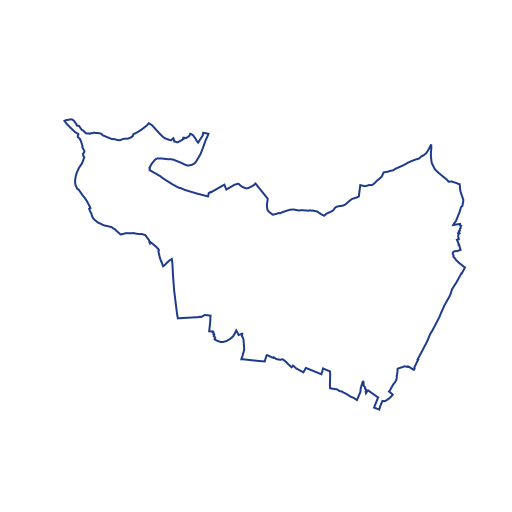 Ludus, Mures, Romania (Equal Earth projection), rotated 98°
{"feature_id": "2599482B95815218754215", "entity_name": "Ludus", "entity_type": "district", "adm_level": 2, "iso_a3": "ROU", "parent_name": "Romania", "parent_adm1": "Mures", "projection": "equal_earth", "projection_center": [24.067, 46.481], "detail": "fine", "context": "isolated", "style": "outline", "palette": "blue", "viewbox_px": 512, "rotation_deg": 98, "n_neighbors": 0, "source": "geoboundaries", "source_scale": "gbopen_adm2", "svg_char_len": 6037}
<svg xmlns="http://www.w3.org/2000/svg" viewBox="0 0 512 512"><g transform="rotate(98 256 256)"><path d="M258.2,362.7L257.0,362.3L260.6,356.4L262.7,353.7L263.8,353.0L264.1,353.3L265.5,353.1L271.0,351.0L274.5,349.2L274.4,349.0L279.1,346.6L277.9,345.3L274.2,342.6L272.2,340.8L270.8,338.9L275.4,337.7L288.6,335.1L302.2,332.1L324.4,326.1L328.6,324.7L325.0,306.9L324.6,304.3L324.3,303.9L323.9,303.0L324.1,302.8L324.0,301.7L321.5,298.5L321.4,292.7L328.9,292.1L337.1,291.9L336.8,288.2L337.5,288.2L337.6,287.4L339.2,287.3L339.2,286.9L339.6,286.9L339.7,286.4L341.2,286.6L341.5,285.8L342.8,285.6L343.0,285.0L344.4,285.3L345.5,282.1L346.1,278.8L345.7,276.6L344.2,273.2L341.5,269.9L339.0,267.7L336.9,266.7L332.5,265.2L336.6,262.2L335.5,259.8L335.0,259.5L334.9,258.8L337.2,258.8L337.7,258.6L338.3,257.8L340.7,256.7L350.0,254.7L353.2,254.9L354.7,255.3L356.9,255.4L359.4,256.1L360.3,256.1L360.1,255.3L359.6,239.1L359.2,232.7L353.3,231.8L352.6,231.4L352.6,231.2L354.5,224.8L353.8,224.3L353.9,224.0L355.1,222.0L355.3,220.8L355.4,217.7L355.2,216.8L354.6,215.8L354.7,214.9L356.6,211.6L358.4,209.4L361.2,205.3L359.4,204.1L362.0,200.1L362.5,198.4L364.6,192.9L359.9,191.0L364.0,174.8L358.0,173.9L359.2,169.9L359.9,166.7L363.3,166.0L373.3,164.9L376.7,164.2L376.8,157.2L377.9,155.0L378.2,154.1L378.2,152.1L378.8,151.0L380.1,147.0L382.0,143.1L382.9,139.5L384.1,137.2L384.6,136.0L376.1,133.7L373.0,133.9L370.5,133.6L365.6,132.8L365.4,132.4L366.0,131.9L366.5,131.9L367.0,131.7L367.7,132.1L368.2,131.6L369.0,131.7L371.0,129.6L372.1,129.6L373.0,128.4L373.9,128.3L375.1,128.6L376.5,128.0L375.0,127.3L373.5,126.3L379.1,115.4L389.7,118.0L390.9,112.6L387.6,112.1L381.9,110.6L381.9,108.4L380.7,106.7L378.0,103.8L374.4,101.3L373.8,101.8L371.7,105.4L369.7,104.4L364.0,102.2L362.0,100.9L359.4,99.9L357.7,99.6L355.4,99.9L351.0,99.8L347.9,100.1L344.6,93.5L344.7,90.1L344.2,90.0L345.1,87.6L345.5,86.9L346.0,85.7L346.0,85.4L346.3,85.1L346.8,83.8L346.6,83.6L345.1,83.3L344.7,83.6L344.0,83.6L336.1,81.0L336.0,81.6L335.0,81.3L333.6,80.7L318.7,75.3L315.6,74.3L309.5,72.8L305.3,71.0L291.0,65.9L286.5,64.8L278.3,62.4L268.9,58.7L265.1,57.7L262.7,57.5L261.7,57.3L254.4,53.9L244.6,50.2L244.7,49.9L244.1,49.6L238.3,47.5L234.9,53.4L232.2,57.3L230.3,59.0L230.0,59.7L228.9,60.5L228.2,60.4L226.8,61.3L226.0,61.6L224.5,61.2L223.9,60.4L223.5,59.6L223.2,57.7L221.5,54.3L216.7,56.4L216.7,57.0L216.0,56.9L211.9,59.3L211.2,57.5L208.5,58.5L207.3,58.6L206.6,58.4L205.3,59.1L205.1,58.8L205.2,58.1L205.1,57.8L204.7,58.2L204.2,58.1L203.7,58.5L203.1,58.6L202.6,57.7L201.1,57.8L200.6,57.8L200.1,57.3L198.3,57.4L197.7,57.2L197.7,57.7L197.5,58.0L196.8,58.3L196.3,58.2L195.8,58.4L197.9,65.0L196.4,64.5L193.7,62.9L183.6,60.4L179.3,59.8L178.8,59.6L177.8,58.6L173.1,58.4L171.5,58.5L164.9,61.9L162.2,63.0L156.6,64.3L156.3,66.4L155.8,67.8L155.0,72.9L155.6,75.6L154.0,77.4L148.3,86.7L146.9,88.7L145.4,90.7L144.5,91.5L139.4,94.9L138.6,95.2L132.4,96.8L128.7,97.2L124.9,97.4L121.1,98.0L127.5,100.3L130.6,101.8L132.8,103.9L134.8,106.6L136.8,108.1L138.4,111.7L140.6,115.6L142.5,118.6L145.4,122.3L150.2,130.0L152.0,132.0L153.1,135.1L154.1,137.0L155.4,141.2L159.8,142.5L162.5,144.7L164.4,146.6L166.6,148.1L169.0,150.2L169.7,151.3L170.0,153.9L171.6,157.2L171.7,158.4L171.3,162.6L182.8,162.5L184.2,164.7L186.0,168.6L186.8,169.6L189.6,172.1L192.5,174.6L193.9,176.7L194.6,178.7L195.0,180.5L196.1,183.2L197.4,184.5L199.9,185.8L200.9,186.8L204.2,192.0L206.6,194.0L206.0,196.3L203.3,202.0L203.3,203.9L203.1,206.3L203.4,207.1L203.2,208.2L203.5,209.5L203.8,210.0L204.2,216.2L204.3,217.5L205.0,220.0L204.7,224.8L204.8,225.8L205.5,229.0L209.0,236.1L210.4,238.2L210.2,239.3L211.1,241.0L212.8,245.1L210.7,248.9L208.9,251.0L205.5,252.1L202.3,252.4L200.9,252.3L197.6,252.4L184.3,266.6L186.4,268.3L187.1,269.2L189.1,272.0L190.0,273.6L190.3,274.7L190.3,275.9L189.3,279.4L188.5,281.1L187.1,283.0L187.0,284.0L188.5,287.3L194.3,294.6L189.8,297.3L199.2,309.5L199.3,309.6L199.0,310.0L200.2,311.5L203.7,311.8L202.4,323.0L200.5,335.5L199.1,340.6L199.3,341.3L198.6,343.6L196.9,348.1L192.1,358.8L190.9,361.0L190.6,361.2L185.7,373.4L183.8,373.3L183.5,373.8L179.2,372.1L175.0,369.6L173.7,368.3L173.1,367.2L172.6,363.4L172.4,356.7L172.0,353.7L172.1,351.2L173.8,344.3L175.6,338.4L175.9,336.5L175.8,335.4L174.6,332.1L173.4,330.4L172.1,329.2L170.0,328.1L163.0,325.2L159.0,324.2L148.1,321.9L142.7,320.3L141.6,320.1L141.4,323.3L141.4,325.5L143.7,325.4L151.8,329.1L149.8,331.2L148.2,332.2L147.2,333.3L145.3,335.0L144.3,337.0L144.1,338.0L146.1,338.6L148.0,340.5L148.9,341.6L148.9,344.4L149.8,344.6L150.2,344.1L152.2,346.4L154.4,349.6L153.9,352.2L154.1,352.7L150.9,354.2L151.9,355.2L152.7,355.6L153.1,356.1L153.3,356.8L152.2,362.3L151.7,363.4L150.6,365.3L148.6,368.0L140.9,377.3L139.5,380.7L142.0,382.3L146.9,387.1L149.9,390.6L152.6,394.5L154.3,394.6L155.3,395.8L155.7,395.8L157.6,399.2L158.1,402.2L158.8,404.2L160.2,406.8L160.4,407.8L160.4,409.9L160.1,411.2L160.0,412.5L160.2,414.4L160.1,415.8L157.9,424.2L157.8,424.6L156.5,426.2L156.3,427.9L156.2,429.7L156.4,430.7L156.5,433.9L157.3,435.4L157.5,437.0L158.1,437.6L158.1,438.2L157.9,438.8L158.1,439.9L158.2,441.5L156.3,443.9L155.7,444.9L155.3,446.2L151.9,449.3L151.7,450.2L151.9,451.1L151.8,451.5L151.6,451.7L150.5,452.2L147.5,455.1L146.7,456.3L146.4,457.0L146.4,457.9L146.7,459.3L147.4,461.1L147.6,462.2L148.1,463.4L148.9,464.5L152.0,461.3L158.4,452.6L159.9,448.9L160.3,448.8L161.8,449.2L162.9,449.1L164.5,446.7L167.3,445.0L171.3,443.1L172.2,443.2L176.1,440.5L177.2,440.6L178.9,441.6L181.0,440.8L182.1,439.8L188.0,441.0L193.7,443.7L198.5,445.1L201.9,445.6L205.5,445.7L208.7,445.3L210.8,444.6L214.3,442.4L215.1,440.7L219.9,436.3L222.5,433.5L225.2,431.1L231.5,426.6L232.4,427.8L234.8,426.5L236.8,425.0L239.3,423.9L241.1,422.7L242.7,420.8L244.1,418.4L244.5,417.9L245.1,416.5L245.5,415.0L245.6,414.4L246.2,413.0L246.9,410.4L247.0,407.9L247.5,403.0L248.6,401.1L249.0,399.7L250.5,397.7L253.5,393.1L253.5,392.7L251.5,388.0L251.0,383.7L250.3,380.1L250.6,378.2L250.5,374.5L250.1,371.7L250.3,371.3L250.6,368.8L250.9,368.3L255.4,364.0L257.2,363.4L258.2,362.7Z" fill="none" stroke="#1e3a8a" stroke-width="2"/></g></svg>